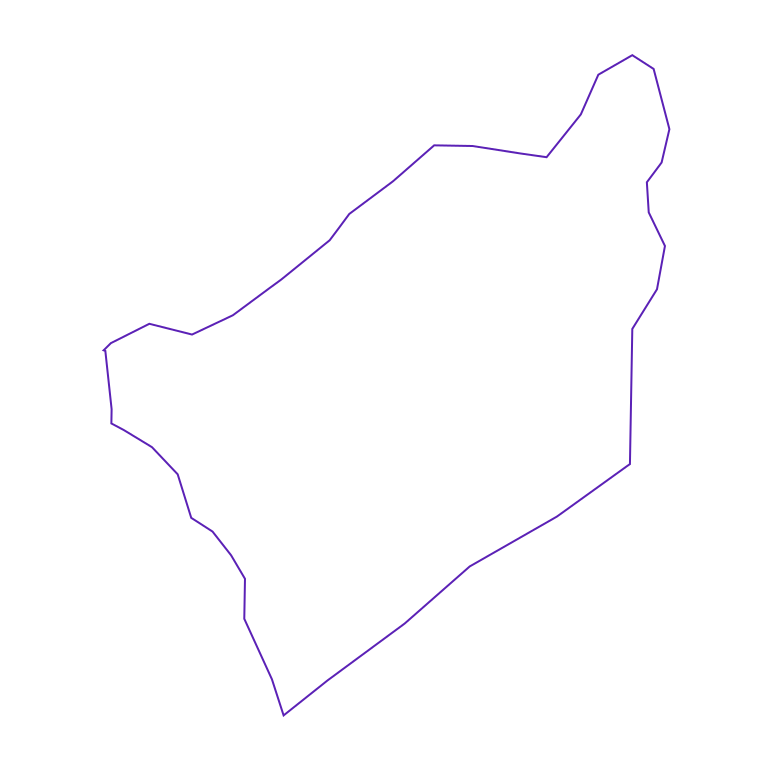 Helsingborg, Skåne, Sweden (Natural Earth projection), rotated 271°
{"feature_id": "70781695B77389935020700", "entity_name": "Helsingborg", "entity_type": "district", "adm_level": 2, "iso_a3": "SWE", "parent_name": "Sweden", "parent_adm1": "Skåne", "projection": "natural_earth1", "projection_center": [12.824, 56.101], "detail": "fine", "context": "isolated", "style": "outline", "palette": "violet", "viewbox_px": 768, "rotation_deg": 271, "n_neighbors": 0, "source": "geoboundaries", "source_scale": "gbopen_adm2", "svg_char_len": 738}
<svg xmlns="http://www.w3.org/2000/svg" viewBox="0 0 768 768"><g transform="rotate(271 384 384)"><path d="M50.9,289.4L86.7,332.8L144.9,408.9L203.1,472.9L254.4,559.1L305.9,628.1L308.2,631.3L443.4,631.3L483.5,655.3L526.9,662.5L560.2,645.7L590.3,643.3L610.3,657.7L643.7,664.9L646.0,664.3L703.7,648.1L717.1,626.5L699.7,597.4L697.0,592.9L657.0,576.1L613.6,542.6L616.9,516.2L623.5,468.3L623.5,430.0L586.8,389.4L553.4,346.3L538.4,335.6L526.8,327.2L486.7,279.5L477.6,267.5L450.1,231.7L430.1,191.2L440.1,148.3L420.1,110.2L412.8,103.1L412.2,104.8L354.0,112.1L339.8,112.1L333.5,124.5L316.8,153.1L290.1,179.3L246.8,193.6L233.5,215.1L210.1,234.1L186.8,248.4L146.8,248.4L86.8,277.1L50.9,289.4Z" fill="none" stroke="#5b21b6" stroke-width="2"/></g></svg>